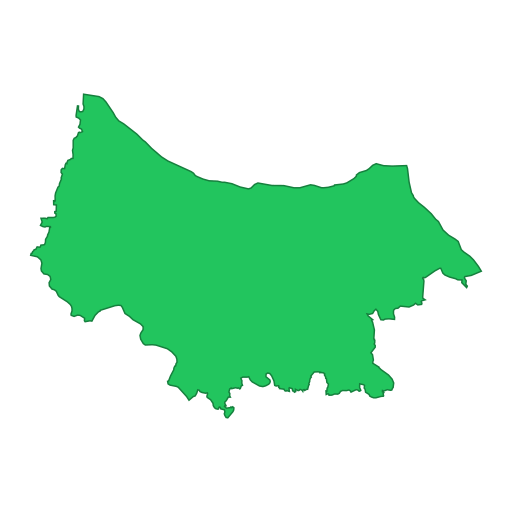 Rajbari, Dhaka, Bangladesh
{"feature_id": "16705992B48875454234518", "entity_name": "Rajbari", "entity_type": "district", "adm_level": 2, "iso_a3": "BGD", "parent_name": "Bangladesh", "parent_adm1": "Dhaka", "projection": "robinson", "projection_center": [89.601, 23.735], "detail": "fine", "context": "isolated", "style": "filled", "palette": "green", "viewbox_px": 512, "rotation_deg": 0, "n_neighbors": 0, "source": "geoboundaries", "source_scale": "gbopen_adm2", "svg_char_len": 6001}
<svg xmlns="http://www.w3.org/2000/svg" viewBox="0 0 512 512"><path d="M481.3,271.2L478.4,266.4L473.5,259.9L469.8,256.2L463.8,252.0L461.3,249.7L458.2,241.5L455.1,239.1L448.6,235.2L443.0,230.0L438.4,221.5L435.7,219.3L431.3,213.8L424.3,207.3L418.5,202.7L414.5,198.4L413.6,197.1L413.2,195.5L411.5,192.8L409.1,182.2L407.5,168.7L406.6,165.6L392.3,166.1L383.6,165.7L376.2,163.7L372.7,165.3L369.1,168.7L366.4,170.5L359.4,172.6L356.4,175.0L356.3,176.3L353.9,178.6L346.8,182.9L343.3,184.0L334.5,185.0L334.2,185.8L328.3,187.3L323.3,187.8L321.4,187.7L314.3,185.4L310.5,184.8L299.8,187.8L294.0,187.8L283.7,185.6L272.0,185.5L257.9,183.0L254.6,184.5L251.1,188.0L248.5,188.9L240.1,187.0L231.9,183.7L224.8,182.3L222.1,182.3L217.6,181.2L209.1,180.8L203.1,179.1L197.4,176.7L195.3,175.6L193.5,173.2L191.1,171.6L167.9,161.0L161.5,156.9L151.6,148.4L145.3,141.9L142.6,139.9L136.8,134.1L123.9,124.0L118.8,120.9L115.6,117.1L113.2,112.7L105.9,101.9L102.9,98.6L99.0,96.6L83.6,94.2L83.1,104.0L84.0,106.6L83.9,109.1L82.7,111.5L80.6,111.9L79.3,111.5L78.4,109.3L78.5,106.0L77.5,105.9L76.1,115.3L76.2,117.0L78.7,118.1L80.5,119.9L80.0,124.3L78.5,127.1L79.6,128.2L81.5,129.1L82.5,131.6L80.6,132.5L79.7,132.6L79.3,132.2L78.5,132.6L77.3,136.2L76.5,136.6L76.3,137.3L74.2,138.3L73.2,140.4L73.2,148.0L72.5,150.3L73.1,154.6L73.0,158.4L71.2,158.5L70.6,159.4L67.9,160.4L66.9,162.7L66.9,163.6L66.0,163.3L65.3,164.7L64.6,168.6L62.4,168.4L61.2,169.8L61.1,172.5L62.4,174.1L61.1,178.1L61.5,178.8L59.5,183.6L59.2,186.1L58.0,187.1L55.6,193.0L55.1,195.8L55.2,200.9L54.6,201.3L54.3,200.6L53.6,200.7L53.7,204.7L56.4,205.0L56.2,211.2L54.8,211.6L54.8,213.1L55.9,213.6L56.2,216.1L55.1,217.1L53.4,217.5L48.0,217.5L47.2,218.7L45.0,218.2L41.0,218.3L42.2,222.1L40.5,225.4L42.9,226.6L45.0,227.0L46.4,226.4L50.4,226.6L50.5,227.3L49.7,227.7L49.0,232.0L47.5,235.2L47.6,236.0L45.6,239.3L45.4,242.4L44.7,244.3L44.1,244.8L40.9,245.1L40.3,246.9L39.8,247.2L37.1,246.9L36.0,249.1L34.0,249.9L33.9,250.5L32.6,251.7L32.2,253.1L31.2,253.4L30.7,255.3L37.4,256.8L40.9,259.9L41.9,263.2L41.0,268.5L41.4,270.9L43.9,273.9L47.6,274.5L50.1,276.4L50.8,279.5L49.1,282.7L49.4,286.0L52.0,289.1L54.4,289.8L56.3,291.3L58.2,295.4L59.3,296.7L67.3,301.8L70.3,304.5L71.5,306.4L72.0,308.5L72.0,311.0L71.0,314.0L71.2,315.3L74.1,316.4L77.6,315.1L80.2,315.4L84.6,318.2L84.4,320.7L85.1,321.7L89.9,320.8L91.9,321.1L95.0,315.4L98.4,311.9L100.2,311.0L100.3,310.3L114.9,305.7L118.5,305.2L121.0,305.5L122.3,307.3L125.0,313.5L129.5,316.4L133.0,319.7L140.5,323.9L143.1,326.6L143.1,329.6L140.8,333.1L140.0,335.5L140.7,339.2L143.3,343.6L145.3,345.0L152.3,344.7L156.0,345.1L167.3,348.7L171.7,351.8L175.9,356.3L176.9,359.3L177.0,362.4L176.1,363.5L175.6,366.0L174.8,366.1L173.9,368.2L173.8,369.7L170.6,375.8L168.6,380.9L167.6,381.3L168.1,383.9L170.0,385.1L176.4,386.4L178.2,387.2L186.6,396.5L189.0,400.2L193.2,396.6L195.2,395.9L196.7,393.2L197.8,389.8L199.3,390.3L200.0,391.6L202.1,392.5L205.5,393.2L207.4,392.9L207.6,393.7L206.9,396.3L207.2,397.4L210.6,399.7L213.0,403.3L213.3,405.7L214.5,407.7L215.8,408.7L218.0,409.2L218.6,408.8L218.9,407.4L219.4,407.0L220.3,407.4L220.8,408.9L224.4,409.8L224.9,411.9L224.3,413.8L224.9,415.5L226.1,417.5L227.8,417.8L232.9,411.7L233.7,410.0L233.9,407.8L232.7,406.8L231.8,407.7L231.0,406.9L230.4,407.6L226.4,408.2L224.5,406.4L224.9,405.7L226.0,405.7L224.7,403.2L224.9,402.0L226.3,400.6L228.3,397.1L230.3,397.1L229.7,395.9L229.8,393.4L228.9,392.1L229.7,388.9L230.5,388.7L231.1,388.0L231.7,388.7L235.6,387.7L237.4,388.2L238.6,387.9L239.6,388.9L240.3,388.6L241.2,386.0L242.5,385.3L241.8,383.3L241.9,380.7L240.8,378.2L242.7,377.1L247.3,377.1L248.7,376.7L250.3,379.9L252.2,381.9L259.5,386.0L262.9,386.6L265.7,385.8L268.7,384.2L269.8,382.9L270.2,381.6L269.9,380.0L265.9,376.7L266.1,374.0L267.7,373.0L269.8,373.5L271.7,375.9L274.0,381.0L274.7,385.4L276.1,386.0L278.6,385.7L278.9,386.1L278.7,387.3L279.6,388.0L279.6,388.6L284.0,389.2L284.8,390.7L286.0,391.1L286.8,390.6L289.4,391.4L289.0,388.4L289.3,387.7L292.2,388.6L292.7,390.9L294.1,391.3L294.4,392.2L295.7,391.6L295.5,389.3L298.1,390.6L299.1,390.4L300.0,389.4L300.6,389.5L302.1,390.3L302.8,391.3L303.0,390.2L303.7,389.6L304.4,389.6L304.7,390.4L306.9,389.2L307.6,389.3L308.6,385.4L309.2,384.6L308.8,383.7L309.7,381.5L309.7,380.3L310.3,378.3L311.3,377.1L310.8,376.1L314.2,372.0L318.0,371.8L319.5,372.0L320.0,372.8L320.7,372.2L321.7,372.7L323.5,372.8L324.8,374.0L324.4,374.9L325.6,376.9L325.7,378.3L326.4,378.7L326.9,382.5L328.4,384.0L327.9,387.0L327.2,388.0L326.8,391.2L326.0,391.0L326.2,394.5L328.0,393.7L328.9,394.4L329.0,395.2L331.9,395.1L334.6,394.0L337.8,394.1L339.3,393.3L340.5,391.4L342.5,390.5L346.5,390.6L348.9,390.0L350.3,390.8L351.0,392.1L356.1,389.7L357.8,390.0L359.1,391.2L359.8,391.1L360.8,390.3L359.6,387.6L359.7,383.8L363.5,384.7L364.5,385.4L364.2,388.1L365.1,389.3L365.6,392.2L369.2,394.5L369.7,396.0L371.4,397.0L373.7,397.8L375.9,397.8L381.0,396.4L383.4,396.2L383.6,395.8L383.1,393.7L383.8,392.6L382.4,391.8L382.5,390.5L383.9,391.0L387.2,389.7L390.6,390.3L391.8,390.0L392.5,388.2L393.1,387.6L393.7,383.0L392.1,379.1L388.5,375.0L381.0,369.6L378.8,367.4L378.9,367.1L372.8,363.3L372.9,361.2L373.4,360.1L372.5,354.6L370.9,352.8L375.2,347.2L375.2,345.5L374.2,344.0L374.7,343.0L374.8,340.5L374.3,340.0L374.5,339.3L373.8,338.9L374.4,330.0L372.6,322.2L371.6,320.4L371.7,320.0L372.7,319.7L368.2,316.0L367.1,313.9L369.2,314.3L372.6,313.5L374.2,310.8L375.9,309.2L377.8,311.4L378.4,314.4L380.8,319.7L383.4,320.0L385.1,319.1L389.0,318.8L394.5,319.4L394.6,317.2L393.5,313.9L393.5,311.1L393.8,309.9L395.4,308.5L398.0,308.2L400.3,306.1L409.1,307.0L413.6,305.0L415.5,303.3L417.8,304.9L421.6,304.4L421.9,303.2L421.2,301.5L421.8,300.8L425.1,299.8L422.9,298.3L422.7,297.0L423.9,281.2L423.7,279.8L422.7,278.3L422.8,277.8L423.2,277.4L424.7,277.8L426.1,277.0L435.0,270.8L439.6,268.3L440.8,268.3L442.9,273.2L444.9,275.0L449.7,277.1L455.6,278.7L457.7,279.8L462.0,280.0L461.8,282.7L466.6,287.6L467.3,286.1L465.8,284.3L466.2,280.8L464.4,278.0L464.8,276.6L471.3,275.4L481.3,271.2Z" fill="#22c55e" stroke="#15803d" stroke-width="1.5"/></svg>